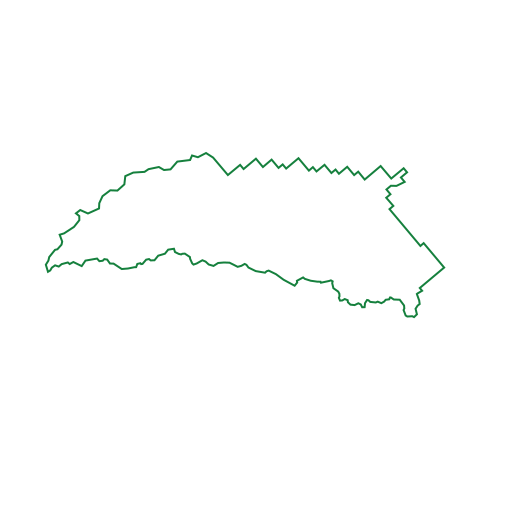 Mineral, Montana, United States of America (Mercator projection), rotated 320°
{"feature_id": "52423323B81681385267576", "entity_name": "Mineral", "entity_type": "district", "adm_level": 2, "iso_a3": "USA", "parent_name": "United States of America", "parent_adm1": "Montana", "projection": "mercator", "projection_center": [-115.085, 47.096], "detail": "fine", "context": "isolated", "style": "outline", "palette": "green", "viewbox_px": 512, "rotation_deg": 320, "n_neighbors": 0, "source": "geoboundaries", "source_scale": "gbopen_adm2", "svg_char_len": 2498}
<svg xmlns="http://www.w3.org/2000/svg" viewBox="0 0 512 512"><g transform="rotate(320 256 256)"><path d="M119.3,113.5L116.8,120.4L114.3,122.3L108.2,123.2L106.0,122.1L96.9,123.9L94.0,126.1L89.4,127.6L86.5,134.4L89.1,134.8L92.1,133.7L96.1,134.0L98.1,137.3L101.9,137.3L107.7,140.0L108.1,142.4L112.2,143.2L116.0,151.7L122.4,149.9L132.6,155.8L132.7,159.3L135.5,161.1L137.8,160.9L139.7,163.1L139.3,167.9L142.0,170.3L144.8,179.7L149.9,183.3L155.6,186.4L157.0,187.5L160.0,185.8L162.8,187.2L162.8,188.4L164.0,189.1L169.5,188.2L172.1,189.6L172.5,191.7L175.5,194.0L181.3,192.9L187.7,195.7L192.8,194.7L197.8,197.7L196.5,200.9L198.2,204.8L199.7,206.7L200.9,206.9L203.0,208.4L204.7,214.3L203.7,215.9L202.4,220.6L202.6,222.4L205.7,223.6L212.2,224.8L213.8,227.9L214.3,232.1L217.1,236.3L222.5,237.0L227.3,240.4L231.4,244.1L233.4,248.7L235.0,252.5L238.4,254.1L242.2,254.8L243.0,256.6L242.8,260.0L246.1,267.4L252.2,274.6L254.3,274.5L256.3,275.3L259.6,282.7L261.9,292.0L263.6,296.3L266.5,303.6L270.5,302.8L271.4,301.3L278.3,302.7L278.7,304.9L282.0,310.1L286.4,315.0L288.9,317.2L288.6,318.2L295.9,322.1L297.7,322.8L298.4,324.7L296.9,325.8L294.6,330.4L296.1,336.1L295.6,338.5L294.0,340.6L292.6,341.3L291.7,344.2L293.5,345.5L296.3,346.0L297.8,348.8L296.7,350.5L297.1,354.0L300.0,357.0L304.0,358.0L305.1,360.5L304.4,363.5L306.3,365.0L309.2,362.2L312.8,361.1L313.7,362.2L314.0,364.6L317.9,368.6L319.9,369.2L321.7,372.7L324.8,373.3L327.2,372.9L330.2,374.8L332.0,373.9L332.6,374.4L333.6,377.9L338.0,381.9L337.6,389.1L335.9,391.5L334.3,392.3L332.4,397.8L333.0,399.6L337.0,402.6L337.8,404.4L341.8,404.1L344.3,399.0L347.9,397.9L350.5,398.0L352.4,395.0L354.8,388.5L355.6,388.5L360.9,389.4L360.9,385.8L392.7,385.8L392.7,353.9L388.4,354.0L388.4,305.9L393.4,305.9L393.2,295.1L398.7,295.1L398.7,288.9L404.5,288.9L408.7,292.6L417.5,294.8L417.5,289.0L425.5,289.0L425.5,283.7L409.4,283.6L409.3,267.2L388.4,267.3L388.5,257.1L383.2,257.1L383.2,246.3L372.4,246.3L372.5,240.9L367.1,240.9L367.1,230.2L356.7,230.1L356.7,224.5L351.4,224.6L351.4,208.4L335.3,208.4L335.3,203.0L329.9,203.0L329.9,192.2L318.5,192.3L318.5,181.4L302.4,181.4L302.4,176.0L286.5,175.9L286.4,153.0L283.9,145.0L275.0,143.0L271.6,137.9L267.2,140.1L256.4,133.1L246.2,134.7L240.8,131.0L238.8,125.4L229.5,120.4L224.7,119.9L215.6,113.2L207.2,110.8L201.2,116.5L191.9,116.8L186.6,112.0L176.9,111.5L169.9,114.8L166.3,118.7L154.6,115.4L150.9,107.8L145.5,107.6L146.3,111.8L143.7,115.0L135.3,116.7L123.5,115.3L119.3,113.5Z" fill="none" stroke="#15803d" stroke-width="2"/></g></svg>